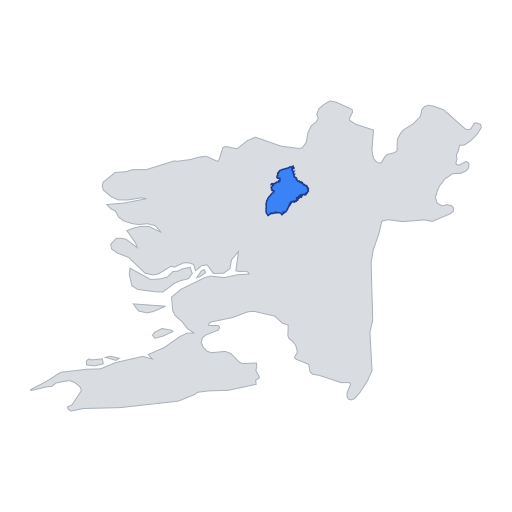 location of Pabna, Rajshahi, Bangladesh, rotated 90°
{"feature_id": "16705992B46384724638491", "entity_name": "Pabna", "entity_type": "district", "adm_level": 2, "iso_a3": "BGD", "parent_name": "Bangladesh", "parent_adm1": "Rajshahi", "projection": "robinson", "projection_center": [89.41, 24.081], "detail": "fine", "context": "in_parent", "style": "filled", "palette": "blue", "viewbox_px": 512, "rotation_deg": 90, "n_neighbors": 0, "source": "geoboundaries", "source_scale": "gbopen_adm2", "svg_char_len": 9123}
<svg xmlns="http://www.w3.org/2000/svg" viewBox="0 0 512 512"><g transform="rotate(90 256 256)"><path d="M169.7,379.7L169.6,365.6L160.9,337.8L161.3,334.7L159.5,321.3L157.3,313.8L156.2,305.9L161.4,294.5L159.3,292.7L147.7,289.2L146.4,286.3L148.9,275.0L140.5,264.4L137.2,256.5L146.2,230.9L148.4,213.1L147.8,209.7L142.3,205.7L132.7,204.1L125.9,200.8L121.9,195.8L118.5,193.7L114.4,195.2L109.0,193.3L104.6,188.3L100.9,182.2L102.3,175.6L109.4,159.9L112.0,159.4L118.1,162.4L120.3,162.4L124.3,156.2L130.0,138.5L149.5,140.0L154.1,139.5L159.0,138.1L161.7,135.8L163.1,133.0L162.6,130.5L156.7,127.2L154.4,124.7L152.7,117.6L150.9,115.0L139.2,114.6L133.1,111.3L129.8,108.4L123.8,98.8L116.5,91.6L109.4,90.0L106.7,87.6L105.2,84.0L106.1,78.7L109.7,68.5L129.1,46.5L129.6,44.0L128.9,41.2L123.2,37.7L122.8,35.9L124.4,31.3L127.7,30.7L134.3,34.9L141.1,41.7L145.1,47.8L145.3,52.5L150.6,53.5L155.0,55.6L159.5,55.0L162.5,56.1L164.5,55.7L165.2,53.0L161.4,46.0L163.2,43.1L167.7,43.3L170.9,45.9L173.3,51.2L173.7,59.5L178.9,67.0L185.7,72.3L191.1,74.8L197.6,76.5L203.2,74.9L205.9,69.6L204.7,65.0L205.6,60.8L207.8,58.5L211.2,58.6L213.8,61.9L221.4,79.8L219.9,87.8L221.6,109.5L219.7,123.9L220.9,129.4L222.1,130.4L233.6,133.1L250.1,138.8L262.7,140.9L319.9,139.3L332.4,142.1L370.6,140.0L381.0,144.6L392.3,152.0L398.7,157.6L399.9,160.7L399.2,163.4L397.1,164.9L393.2,165.0L384.2,161.4L382.6,162.4L382.6,171.0L375.4,192.6L374.3,199.3L371.8,202.0L364.3,203.3L359.3,215.9L357.3,217.5L352.3,214.7L349.2,215.2L345.4,216.3L341.5,219.2L338.8,222.8L335.8,224.1L325.1,223.8L323.1,229.7L316.1,237.3L311.4,257.6L311.7,263.8L317.7,280.0L321.9,300.9L323.5,303.1L325.5,303.3L325.6,293.6L327.5,292.4L330.0,293.5L335.1,306.4L337.9,309.7L342.4,310.7L347.5,308.7L351.2,304.9L352.7,300.8L351.4,286.7L353.7,280.9L362.4,272.4L363.6,269.7L363.0,255.6L366.3,255.1L370.7,256.2L376.3,252.9L378.0,252.8L380.3,256.4L384.3,255.8L390.3,283.8L390.9,303.6L392.3,314.6L394.4,317.1L401.1,333.6L407.6,391.7L408.5,428.5L411.1,441.1L409.0,443.9L406.9,444.4L404.9,440.0L390.8,430.7L387.3,431.6L382.6,437.1L380.6,442.1L381.5,449.2L383.1,456.2L386.5,460.2L386.7,464.6L390.6,481.2L389.5,481.3L381.8,466.2L372.3,451.3L369.2,424.7L368.9,411.6L362.5,396.1L356.4,369.2L359.0,359.7L354.5,363.8L347.5,347.7L336.4,331.9L333.2,324.9L333.0,318.1L328.3,324.9L321.9,329.7L315.3,337.0L311.0,339.2L297.1,340.5L289.1,330.8L277.6,307.1L276.1,301.7L277.6,287.8L274.8,274.6L274.0,263.0L272.0,264.0L271.2,267.2L271.6,272.1L270.8,276.2L251.5,273.5L259.8,280.5L268.6,282.1L273.2,288.3L273.5,298.6L264.8,304.9L265.6,310.1L270.6,316.5L264.5,318.3L262.9,322.5L262.8,328.4L267.1,337.5L266.3,341.1L273.6,353.0L275.0,358.8L273.2,366.9L257.5,383.3L253.0,394.8L249.1,400.3L244.3,401.3L238.4,395.8L238.3,390.1L239.5,385.6L247.7,374.8L243.2,376.3L230.5,385.2L228.0,378.0L226.4,371.2L226.4,363.0L232.5,350.7L225.6,356.8L223.7,364.5L224.5,373.5L223.6,379.9L220.9,388.3L217.2,393.3L211.2,396.5L208.5,401.5L204.5,405.1L203.1,388.3L198.7,365.5L197.8,370.4L200.0,384.5L199.9,393.7L196.6,401.0L190.0,408.7L185.0,409.8L182.0,408.6L172.5,396.9L171.7,385.8L169.7,379.7ZM285.9,380.0L274.2,382.8L268.2,381.9L279.4,361.5L279.0,352.3L277.2,344.9L271.5,338.9L271.2,334.6L268.7,328.8L267.3,321.9L273.6,319.7L278.7,323.6L280.6,331.4L283.1,337.2L292.0,349.2L291.8,356.6L289.4,374.5L285.9,380.0ZM311.0,373.4L303.9,378.8L306.2,346.5L311.5,358.5L312.9,365.0L311.0,373.4ZM338.3,357.2L335.2,359.5L332.3,357.5L328.5,349.9L330.3,340.3L331.5,339.0L336.0,348.8L338.3,357.2ZM365.0,425.4L361.0,425.7L359.0,423.4L359.9,420.2L358.8,409.7L363.9,408.7L365.9,417.4L365.0,425.4ZM360.4,396.1L357.4,406.5L356.2,401.8L358.3,392.7L360.4,396.1ZM276.6,312.0L277.8,315.3L271.3,311.0L269.5,307.9L272.5,306.3L276.6,312.0Z" fill="#d9dde1" stroke="#a8b0b8" stroke-width="1"/><path d="M190.1,240.2L190.3,239.1L190.3,239.5L190.7,239.6L190.8,239.3L190.7,238.9L190.8,238.1L192.2,238.3L192.5,238.6L193.7,240.4L195.3,241.5L196.5,242.7L197.7,243.7L199.8,244.6L200.2,245.0L200.9,245.3L201.4,245.4L202.1,245.5L203.3,245.7L204.0,245.9L204.7,246.1L204.9,246.0L205.2,245.7L205.5,245.6L206.7,245.8L207.7,245.8L208.5,246.0L209.0,246.0L209.9,245.8L210.9,246.0L211.4,246.0L212.0,245.8L213.0,245.6L213.6,245.2L214.1,244.7L214.7,244.5L215.2,244.1L215.5,244.0L215.4,243.6L214.1,242.2L214.0,241.5L213.8,241.4L213.5,240.7L213.3,240.7L213.2,241.5L213.0,241.0L213.3,240.4L213.1,240.1L213.2,239.7L213.5,239.5L213.4,239.3L213.2,239.2L213.2,238.9L213.3,238.7L213.1,237.8L213.0,237.1L212.5,237.1L212.2,237.0L212.4,236.4L212.3,236.0L212.2,235.9L212.4,235.8L212.6,235.6L212.8,235.6L212.7,233.0L212.8,232.1L213.2,231.3L214.0,230.6L214.7,230.1L213.9,229.6L213.7,229.3L213.3,228.9L213.4,228.6L213.1,228.4L213.4,228.4L213.2,228.1L212.7,228.2L212.1,228.5L212.2,227.9L212.0,226.8L212.1,226.7L212.0,226.3L211.7,226.1L211.0,225.7L210.6,225.3L209.5,224.7L209.1,224.4L208.6,224.6L207.7,223.7L207.4,223.6L207.1,223.6L206.9,223.6L206.1,223.2L205.9,222.7L205.3,222.7L205.3,222.4L204.9,222.5L204.5,222.3L204.3,222.6L203.8,222.5L203.6,222.1L203.6,221.9L204.0,222.0L204.2,221.6L203.7,221.2L203.2,221.0L203.1,221.4L203.0,221.5L202.9,221.4L203.0,221.0L202.9,220.9L202.8,221.1L202.6,221.0L202.4,221.1L202.3,220.9L202.1,221.0L202.0,220.6L201.8,220.5L201.9,220.1L201.7,219.7L201.3,219.1L201.7,219.0L201.8,218.7L201.4,218.2L201.7,217.9L202.1,218.2L202.2,217.8L202.2,217.7L201.9,217.4L201.4,217.5L201.0,217.2L200.9,216.7L201.0,216.4L201.3,216.4L201.5,216.2L201.4,215.8L201.2,215.7L200.9,215.8L200.5,215.6L200.5,215.4L200.4,215.2L200.2,214.6L200.1,214.3L199.9,214.2L199.7,214.4L199.3,214.4L199.4,214.2L199.2,214.2L198.9,214.4L199.0,214.7L198.9,214.8L199.0,215.1L198.9,215.3L198.4,215.2L198.2,215.3L197.8,215.5L197.7,215.3L197.8,215.2L197.7,214.9L197.6,215.0L197.7,214.9L197.6,214.6L197.7,214.4L197.4,214.3L197.3,213.6L197.4,213.9L197.6,213.8L197.8,213.8L197.9,214.0L198.1,214.1L198.4,213.7L198.4,213.3L198.1,212.9L197.9,212.9L197.9,213.1L197.7,213.2L197.3,213.2L197.0,213.2L196.8,213.4L196.3,213.1L196.2,212.9L196.9,212.9L196.9,212.6L197.1,212.4L197.3,211.9L197.3,211.7L197.1,211.0L197.2,210.7L196.8,210.6L196.7,210.4L196.4,210.2L196.4,210.6L196.0,210.7L195.9,210.8L195.7,211.2L195.8,211.5L195.2,211.5L195.1,211.8L194.8,211.6L194.8,211.1L195.0,210.5L195.1,210.3L195.1,210.2L194.9,209.9L194.7,209.9L194.8,209.3L194.5,209.1L194.6,208.7L194.6,208.4L194.3,208.3L194.3,208.1L194.6,207.9L194.5,207.7L194.4,207.6L194.4,207.4L194.6,207.5L194.9,207.2L194.7,207.1L194.7,206.9L194.4,206.5L194.6,206.5L194.6,206.4L194.4,206.5L194.3,206.4L194.4,206.0L193.8,205.9L193.8,206.0L193.6,206.0L193.4,206.2L193.2,206.0L193.0,205.9L193.1,205.5L193.1,205.4L193.2,205.2L193.0,204.8L192.8,204.8L192.6,205.1L192.5,204.9L192.1,204.6L191.8,204.5L191.6,204.8L191.7,204.3L191.7,204.0L191.6,203.9L191.3,203.9L190.9,203.6L190.7,203.6L190.4,203.7L190.2,203.9L190.0,204.0L189.8,204.0L189.7,203.9L189.0,203.7L189.0,203.9L188.9,203.8L188.7,204.0L188.6,203.8L187.9,203.8L187.7,203.6L187.8,203.8L187.6,204.1L187.7,204.3L187.6,204.5L187.2,205.0L186.9,205.0L186.7,204.8L186.4,205.0L186.2,205.4L185.6,205.4L185.4,206.4L185.6,206.9L185.5,207.4L185.2,207.2L184.9,207.4L184.7,207.6L184.7,208.1L184.3,208.1L184.1,208.7L183.8,209.1L183.6,209.2L183.4,209.9L183.0,209.8L182.8,209.6L182.5,209.7L182.3,210.0L182.2,210.3L181.9,210.7L181.9,211.1L182.4,211.1L182.5,211.3L182.3,212.1L181.9,212.0L181.7,212.5L181.6,212.8L181.4,212.9L181.2,212.7L181.0,212.8L181.2,213.3L181.3,213.6L181.0,213.9L180.8,214.6L180.4,214.9L180.3,215.0L180.0,214.9L179.8,215.0L179.7,215.2L179.4,215.2L179.1,215.7L178.8,215.4L178.5,215.5L178.1,215.5L177.9,215.9L177.6,216.1L177.3,216.6L177.2,217.2L176.8,217.6L176.8,217.8L176.3,217.8L175.9,218.0L175.6,218.1L175.3,217.9L175.1,218.0L174.8,217.8L174.9,218.1L174.3,218.2L174.2,218.1L173.8,218.2L173.7,218.3L173.6,218.7L173.2,218.6L172.7,218.9L172.4,218.8L172.1,218.3L171.9,218.3L171.7,218.2L171.8,218.4L171.7,218.6L171.7,219.1L171.3,219.3L170.8,219.4L170.1,219.4L169.7,219.7L169.7,219.9L169.8,220.1L169.4,220.3L169.1,220.2L168.6,219.7L168.4,219.0L168.5,218.3L168.3,218.0L168.0,217.9L167.5,218.5L167.1,218.7L166.8,218.7L166.1,219.0L166.6,219.4L166.8,219.6L167.1,219.5L167.3,219.6L166.1,219.9L166.5,220.0L167.3,219.9L167.3,220.0L167.2,220.3L166.5,220.0L166.9,220.5L167.0,221.0L167.0,221.5L166.8,221.9L167.2,222.4L167.5,223.0L168.1,224.0L168.1,224.5L168.3,225.0L168.4,225.6L169.5,229.6L170.5,231.8L170.5,232.1L171.1,232.8L171.7,233.1L172.3,233.1L172.7,233.3L172.8,233.9L172.9,234.3L173.8,234.3L174.8,234.1L175.2,234.2L175.2,234.4L175.6,234.8L175.9,234.7L176.3,235.0L176.8,235.0L177.1,234.9L177.3,235.1L177.7,234.9L178.1,234.3L178.3,234.0L178.4,233.9L178.3,233.7L178.2,233.7L178.4,233.3L178.3,233.1L178.2,233.0L178.1,232.8L178.2,232.1L179.7,232.1L180.3,232.0L180.8,232.0L180.8,233.4L181.1,233.4L181.7,233.0L182.2,233.2L182.1,234.5L182.1,235.3L182.4,235.9L182.6,235.9L182.7,236.0L182.9,236.3L183.2,236.3L183.3,237.2L183.4,237.5L183.5,237.7L183.8,238.0L183.7,238.9L183.6,240.1L184.0,240.6L184.5,240.8L184.4,240.4L184.4,240.2L184.7,238.8L184.8,238.6L185.0,238.5L185.3,239.2L185.9,239.4L186.1,239.6L186.7,239.8L186.7,240.2L187.0,240.7L187.3,240.9L188.5,240.5L189.6,239.8L189.8,239.9L189.9,240.3L190.1,240.2Z" fill="#3b82f6" stroke="#1e3a8a" stroke-width="1.5"/></g></svg>